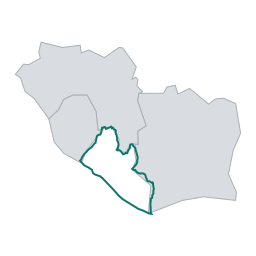 Liberia and the surrounding countries
{"feature_id": "LBR", "entity_name": "Liberia", "entity_type": "country or territory", "adm_level": 0, "iso_a3": "LBR", "parent_name": "Africa", "parent_adm1": "", "projection": "natural_earth1", "projection_center": [-9.107, 6.445], "detail": "fine", "context": "with_neighbors", "style": "outline", "palette": "teal", "viewbox_px": 256, "rotation_deg": 0, "n_neighbors": 3, "source": "natural_earth", "source_scale": "50m", "svg_char_len": 2872}
<svg xmlns="http://www.w3.org/2000/svg" viewBox="0 0 256 256"><path d="M138.9,93.4L163.6,93.2L166.9,87.1L175.2,85.2L178.0,94.1L189.5,88.4L208.8,104.2L215.1,99.0L223.5,98.2L235.7,103.6L240.6,133.2L233.1,150.7L228.5,174.3L236.4,192.2L235.6,200.4L203.3,196.8L182.0,200.5L148.3,213.6L150.8,185.6L132.2,169.7L136.1,160.5L134.3,150.4L135.2,144.4L138.0,144.3L137.7,131.2L146.1,125.8L137.5,100.5L138.9,93.4Z" fill="#d9dde1" stroke="#a8b0b8" stroke-width="1"/><path d="M41.1,42.2L62.5,47.5L80.2,45.2L81.2,52.8L88.7,50.0L104.3,57.6L119.2,47.4L122.8,48.0L136.3,67.0L131.9,79.2L135.7,77.2L137.9,79.6L137.0,85.8L142.5,91.8L138.9,93.4L137.5,100.5L146.1,125.8L137.7,131.2L138.0,144.3L130.1,143.8L126.4,152.2L121.4,152.1L117.9,147.7L119.1,139.3L111.6,126.5L98.1,130.5L96.0,111.4L87.2,95.2L72.8,95.1L63.7,99.5L58.5,109.8L48.9,119.0L34.2,98.5L25.1,91.6L20.5,77.8L15.4,74.4L23.4,64.2L28.8,64.6L40.3,58.3L38.8,51.4L41.1,42.2Z" fill="#d9dde1" stroke="#a8b0b8" stroke-width="1"/><path d="M48.9,119.0L58.5,109.8L63.7,99.5L72.8,95.1L87.2,95.2L96.0,111.4L98.1,130.5L103.0,129.3L86.6,150.4L81.3,163.1L63.5,153.2L54.2,142.0L48.9,119.0Z" fill="#d9dde1" stroke="#a8b0b8" stroke-width="1"/><path d="M80.1,160.6L81.0,159.7L82.4,156.7L84.4,153.8L86.2,152.1L87.7,150.3L89.2,149.0L91.4,147.4L94.7,143.3L95.5,142.8L96.1,140.0L96.9,136.3L97.9,135.2L100.2,134.5L100.7,133.9L101.5,131.3L102.0,128.3L102.1,127.7L103.0,127.6L104.5,127.0L105.4,127.3L105.8,128.1L106.0,128.9L110.7,127.0L111.1,126.6L111.3,126.7L111.9,128.3L112.2,128.2L112.5,127.8L112.8,127.7L113.2,127.9L113.6,128.7L114.2,129.4L115.2,129.9L115.8,130.6L115.7,132.4L116.0,134.1L116.4,134.5L116.6,135.6L116.8,136.7L117.0,137.3L117.2,138.5L117.1,139.7L117.3,140.6L118.0,142.1L118.5,144.0L118.5,145.3L118.2,146.7L117.7,148.0L116.8,149.4L116.8,150.0L117.3,150.3L118.1,150.4L118.7,150.1L120.4,150.8L121.2,151.7L122.0,152.9L122.7,153.4L123.0,154.2L124.2,154.0L125.5,153.3L125.8,152.9L126.2,153.1L127.1,153.2L127.7,151.9L128.2,150.5L129.3,148.9L129.8,148.3L129.9,147.3L130.0,146.0L130.3,144.9L131.2,144.3L132.2,144.3L132.7,144.5L132.9,145.6L133.7,146.4L134.3,147.0L134.7,147.3L135.2,147.9L135.7,150.1L137.7,157.1L137.6,159.0L137.2,160.3L137.2,161.6L137.1,162.8L135.9,164.8L132.2,168.9L132.5,169.3L133.4,169.7L134.3,170.0L135.0,169.9L135.9,170.9L136.9,172.2L137.9,172.8L139.4,173.4L140.7,173.5L141.8,173.3L143.4,173.5L145.1,174.6L145.7,176.4L146.1,177.9L146.7,178.7L146.7,180.0L147.9,181.2L149.6,181.4L151.8,182.8L152.4,182.7L152.6,182.5L152.9,182.8L153.4,186.8L153.9,188.9L153.6,189.7L153.4,190.4L153.3,193.6L152.3,195.4L152.2,197.4L151.9,198.1L150.8,198.6L150.8,200.2L150.6,202.1L150.4,204.0L150.7,209.2L150.8,213.1L151.3,213.8L149.2,213.5L143.1,210.6L138.4,208.9L122.7,199.2L118.4,195.3L113.3,189.5L102.2,177.9L99.6,176.0L96.4,175.1L94.4,174.1L93.0,173.0L91.9,169.8L89.1,167.9L83.9,165.1L80.1,160.6Z" fill="none" stroke="#0f766e" stroke-width="2"/></svg>